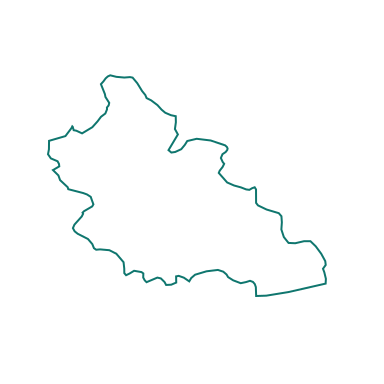 an SVG outline of Belgium, rotated 193°
{"feature_id": "BEL", "entity_name": "Belgium", "entity_type": "country or territory", "adm_level": 0, "iso_a3": "BEL", "parent_name": "Europe", "parent_adm1": "", "projection": "robinson", "projection_center": [4.727, 50.501], "detail": "fine", "context": "isolated", "style": "outline", "palette": "teal", "viewbox_px": 384, "rotation_deg": 193, "n_neighbors": 0, "source": "natural_earth", "source_scale": "50m", "svg_char_len": 2092}
<svg xmlns="http://www.w3.org/2000/svg" viewBox="0 0 384 384"><g transform="rotate(193 192 192)"><path d="M174.6,104.3L180.7,106.7L186.1,107.3L188.5,106.2L187.0,100.2L191.4,97.0L196.3,95.6L198.5,98.1L202.9,100.8L206.5,100.8L216.0,93.9L218.2,95.3L220.3,97.7L220.7,99.7L221.1,101.7L223.2,102.6L230.7,102.2L234.5,98.5L237.5,96.1L239.7,97.7L240.8,102.2L242.9,108.2L251.8,114.8L259.4,116.7L268.7,115.4L272.4,114.2L274.9,115.2L277.4,118.8L282.8,122.8L294.0,125.6L297.5,127.3L299.9,130.0L299.2,133.8L293.9,143.4L293.2,146.3L294.0,147.2L292.9,149.0L286.0,155.5L285.3,157.8L287.7,161.5L289.6,164.5L293.8,166.0L297.8,166.5L305.3,166.7L313.2,166.9L314.2,168.7L323.2,173.9L325.9,178.1L332.4,182.1L327.1,187.1L327.9,189.4L329.9,191.7L337.1,193.0L340.8,196.4L341.0,201.4L342.8,209.7L327.9,218.0L323.8,227.2L323.4,229.0L322.9,228.7L321.2,225.6L318.5,225.7L312.3,224.4L303.7,232.7L299.9,239.6L297.6,244.8L294.1,249.0L293.4,253.4L293.9,255.2L292.7,257.6L292.7,260.2L297.7,265.1L298.9,267.8L305.0,276.6L303.2,279.8L301.7,283.3L300.0,285.7L297.9,287.3L291.6,287.2L283.7,288.3L278.3,290.0L275.6,290.1L269.8,285.7L263.3,279.1L259.3,276.0L257.4,273.3L252.4,272.1L245.2,268.9L240.2,265.4L235.9,263.2L229.8,262.1L224.9,262.2L223.4,256.3L222.8,249.5L218.7,244.9L224.3,227.5L221.0,225.8L217.4,227.2L212.1,231.3L209.6,236.3L208.1,240.6L199.4,244.9L185.4,246.4L170.2,244.9L168.1,243.7L167.1,242.4L167.1,240.9L168.2,238.5L170.8,235.7L171.5,231.6L168.8,228.1L167.0,226.7L167.8,223.3L169.8,219.0L170.2,216.6L159.9,209.2L152.5,207.8L145.3,207.5L139.8,206.7L136.6,207.0L134.3,209.2L132.0,210.7L130.2,208.9L127.1,195.8L124.7,193.8L115.4,191.7L102.7,190.9L99.4,188.5L97.6,182.6L96.5,175.6L92.4,168.8L90.3,167.1L86.5,164.1L79.9,165.3L71.9,169.2L67.2,170.3L65.5,170.7L59.2,166.9L52.2,160.9L46.6,154.6L45.3,151.0L47.1,146.7L45.0,143.5L42.0,137.5L41.2,132.8L75.5,116.2L96.3,107.7L106.1,105.1L108.4,113.7L110.1,116.4L112.4,118.1L115.5,118.5L119.1,116.4L124.0,114.1L132.0,115.2L137.7,117.2L139.8,119.4L143.6,121.4L149.2,121.9L160.0,118.0L170.4,112.1L173.4,108.0L174.6,104.3Z" fill="none" stroke="#0f766e" stroke-width="2"/></g></svg>